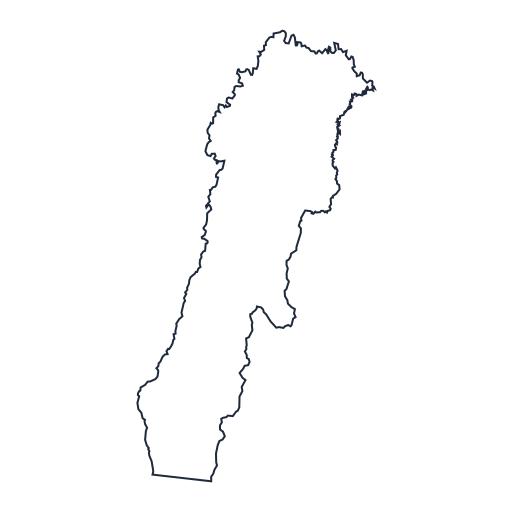 the district of Puerto Libertador, Córdoba, Colombia
{"feature_id": "7082276B17720170478465", "entity_name": "Puerto Libertador", "entity_type": "district", "adm_level": 2, "iso_a3": "COL", "parent_name": "Colombia", "parent_adm1": "Córdoba", "projection": "equal_earth", "projection_center": [-75.744, 7.691], "detail": "fine", "context": "isolated", "style": "outline", "palette": "slate", "viewbox_px": 512, "rotation_deg": 0, "n_neighbors": 0, "source": "geoboundaries", "source_scale": "gbopen_adm2", "svg_char_len": 5977}
<svg xmlns="http://www.w3.org/2000/svg" viewBox="0 0 512 512"><path d="M295.6,317.1L294.0,313.5L294.9,309.1L291.4,307.1L287.9,303.6L287.4,300.3L285.0,296.3L284.6,290.7L286.4,289.2L288.9,281.4L286.8,278.6L286.6,273.4L287.8,268.4L286.5,265.0L286.6,260.8L288.8,259.6L290.5,256.7L291.1,253.6L296.3,250.3L296.5,246.8L300.8,232.9L300.9,228.4L298.8,225.9L300.3,221.0L301.4,220.7L301.0,218.0L305.2,210.5L310.3,211.1L312.1,212.1L311.6,213.3L313.4,213.8L315.3,211.6L316.4,212.5L320.0,212.2L321.1,210.9L323.4,210.9L324.8,212.3L326.0,211.3L327.0,212.5L327.7,210.9L330.1,210.2L330.7,208.7L329.4,206.9L331.1,204.1L330.6,198.9L332.0,197.4L332.9,197.5L332.9,195.9L336.2,193.8L339.6,189.3L339.2,185.1L337.1,183.6L336.9,181.0L335.4,179.1L336.2,178.2L336.2,175.4L337.2,174.5L336.8,172.5L337.6,170.8L335.9,167.3L335.0,168.5L332.7,165.6L332.5,163.4L333.4,162.1L332.8,161.8L332.6,160.2L334.1,158.8L331.6,156.7L332.4,155.9L332.0,154.8L332.9,154.8L332.3,152.7L333.5,151.8L333.4,150.1L335.7,149.9L336.1,147.6L335.3,146.9L334.9,144.9L335.7,143.9L336.8,144.3L336.5,143.0L337.3,142.7L337.2,141.6L336.1,140.2L337.8,138.4L337.1,136.6L337.8,136.4L337.3,134.7L337.7,132.9L338.1,133.8L339.2,133.2L340.0,133.9L339.9,131.2L339.3,131.8L338.2,130.4L338.6,129.2L337.9,128.6L337.6,129.3L337.1,127.0L337.9,125.8L338.5,126.3L339.5,125.4L338.2,124.5L339.2,124.2L339.6,122.7L339.0,123.1L337.8,122.6L338.3,122.0L336.8,121.8L337.8,120.9L337.3,120.0L337.8,117.8L338.2,119.2L339.4,118.8L340.0,118.3L340.0,116.1L343.7,114.8L344.4,112.1L345.3,112.3L345.4,111.1L346.3,111.0L348.8,106.6L349.8,106.8L348.7,108.9L351.2,107.6L351.5,106.4L349.6,104.2L350.3,102.9L349.9,101.5L351.9,101.3L351.2,99.8L352.2,99.9L352.2,98.3L353.2,97.9L352.7,96.5L353.4,96.4L352.0,96.5L352.0,94.4L354.0,95.0L354.7,93.5L356.3,94.0L356.5,95.9L358.9,94.6L361.9,95.4L362.4,93.3L363.0,94.6L363.9,94.0L363.2,90.4L364.2,92.5L365.1,90.8L365.6,91.1L364.8,94.0L366.1,93.5L366.0,90.9L367.4,90.0L366.1,88.9L367.3,86.8L367.8,87.4L367.7,89.0L369.5,90.1L371.3,89.6L372.9,90.4L372.3,88.8L372.7,87.3L374.6,88.5L373.8,86.6L372.2,85.5L372.5,82.0L372.0,81.0L369.9,80.6L367.0,82.7L362.9,78.5L362.8,74.4L362.1,72.8L360.8,72.5L359.6,75.3L356.8,76.2L356.7,73.5L354.3,71.3L352.3,68.2L352.6,67.4L354.8,66.8L353.8,64.1L353.7,60.2L352.6,56.9L351.4,56.5L349.9,59.1L348.8,59.3L345.8,55.3L346.6,50.8L343.0,52.1L341.1,49.1L338.6,49.2L338.0,44.0L334.2,42.9L335.8,50.4L333.9,52.9L332.2,53.0L330.4,51.5L330.3,47.6L329.0,46.7L328.4,48.2L328.3,54.0L326.4,49.9L325.4,49.1L322.1,53.2L319.2,50.6L317.9,51.3L316.8,53.4L315.6,53.5L314.4,51.4L310.9,51.1L308.6,48.0L306.4,47.6L305.0,45.5L301.7,46.3L301.2,43.2L300.3,42.4L296.9,42.1L296.5,44.5L297.5,43.7L297.3,44.7L296.7,45.5L295.7,45.1L294.9,37.5L293.5,34.8L291.5,35.7L288.7,43.4L285.7,43.1L284.1,40.8L285.8,36.3L285.8,33.1L284.4,31.3L282.3,30.7L279.9,32.3L273.6,33.5L273.4,37.2L271.2,36.9L269.3,37.6L265.8,42.2L265.9,45.1L264.0,45.7L264.2,49.9L261.1,51.9L259.2,51.7L260.8,54.5L259.4,56.3L257.7,56.4L258.4,61.0L257.8,66.0L256.5,68.9L253.3,68.2L252.8,73.1L252.1,74.9L250.9,74.8L248.7,69.9L247.4,69.2L246.3,69.4L245.5,71.3L242.0,72.2L239.9,71.8L238.7,69.3L237.9,69.7L237.0,73.6L238.6,74.5L240.1,77.9L238.7,80.3L238.7,82.2L242.1,83.4L242.8,85.7L240.3,86.5L236.2,86.0L234.5,87.0L234.2,90.2L232.7,92.1L234.8,94.1L234.8,95.3L232.4,98.5L228.6,97.5L227.0,98.5L226.5,102.1L230.1,104.7L229.9,105.9L226.9,107.0L225.8,105.5L224.6,107.3L223.1,105.2L219.1,104.3L218.3,107.3L218.7,110.2L219.7,112.0L217.3,111.1L216.0,111.8L215.3,113.0L215.6,115.8L213.2,117.4L213.1,123.2L212.2,123.7L210.7,122.8L210.2,125.1L207.4,129.7L207.6,132.7L209.5,135.4L209.0,138.5L210.7,140.9L208.6,142.3L207.2,144.3L205.6,150.4L205.5,151.4L207.4,155.1L210.5,156.1L211.8,153.8L214.8,153.7L215.6,156.0L213.9,158.5L214.9,159.8L216.7,160.2L216.5,162.6L217.0,163.5L217.7,162.9L218.0,161.0L220.4,161.5L224.4,160.7L222.6,168.5L221.3,169.8L219.7,170.0L216.1,174.6L216.0,176.9L218.1,177.5L216.5,184.8L215.3,186.7L212.6,187.4L211.2,189.8L209.9,190.0L210.4,194.2L208.3,196.8L209.8,201.4L206.0,205.9L206.4,207.5L208.2,205.0L209.3,205.0L210.6,206.9L211.3,209.4L207.2,213.3L207.0,220.4L206.1,224.5L203.5,227.8L203.8,229.2L205.7,230.7L205.9,231.7L204.7,235.0L201.7,237.1L202.1,238.5L204.3,238.8L207.5,241.0L207.7,242.3L207.2,243.3L205.7,243.7L205.1,250.8L203.3,251.5L201.1,254.5L201.5,257.4L200.0,259.9L199.7,263.9L200.5,267.0L198.4,268.5L197.1,272.0L195.8,271.9L194.7,273.8L190.6,277.1L189.3,280.3L189.0,283.7L187.1,287.7L187.3,289.8L185.1,292.5L186.3,293.9L184.0,298.0L185.1,301.0L183.7,303.0L181.5,312.7L182.4,316.3L179.1,319.2L176.2,323.8L176.7,325.4L175.4,331.1L175.6,333.6L173.6,334.2L174.4,338.9L173.3,339.9L172.5,343.5L170.6,347.1L169.1,349.1L168.1,348.8L166.5,351.2L167.6,354.1L164.9,354.5L162.6,356.7L160.3,361.8L158.8,363.1L158.2,366.4L156.4,368.2L158.0,370.0L158.3,371.4L157.5,376.6L155.4,379.1L150.1,381.5L147.7,381.6L145.1,384.9L140.6,387.5L140.3,390.6L139.0,391.3L137.9,393.7L137.9,395.1L139.2,396.2L137.4,402.9L138.4,409.2L141.4,412.8L142.6,418.2L145.0,419.9L144.5,420.9L145.0,423.9L147.1,427.8L145.9,431.0L145.1,439.8L146.7,445.2L148.8,448.2L148.2,449.2L149.4,451.3L148.9,452.5L149.3,455.5L151.6,461.2L153.1,469.9L153.2,472.1L152.5,474.6L211.2,481.3L211.2,476.6L213.2,473.9L214.5,469.7L217.0,465.4L216.2,462.3L216.0,453.5L217.7,445.2L219.4,441.0L222.6,439.5L224.8,436.2L223.0,431.7L220.0,429.5L220.0,425.3L221.9,422.3L221.2,418.9L222.9,417.8L226.3,417.2L227.9,415.6L232.8,416.1L236.1,411.6L237.8,410.7L239.3,407.3L239.5,396.5L242.4,391.1L241.7,386.9L245.5,380.1L242.5,377.8L239.6,373.0L243.3,368.6L244.6,365.8L248.1,365.2L249.6,361.9L248.7,359.0L246.9,358.1L246.6,354.6L244.9,351.5L246.4,349.0L246.1,347.1L246.7,345.4L246.1,338.4L248.9,337.2L252.4,330.3L251.8,324.7L252.4,322.8L250.2,316.5L250.3,314.1L252.0,313.7L252.6,312.4L255.3,310.3L256.7,308.5L256.9,306.5L261.1,307.4L263.1,309.5L263.8,312.2L266.2,314.4L270.5,321.3L276.3,327.7L279.0,327.1L283.5,327.9L284.9,326.3L288.2,325.0L290.5,326.3L291.5,325.2L293.2,318.6L295.6,317.1Z" fill="none" stroke="#1e293b" stroke-width="2"/></svg>